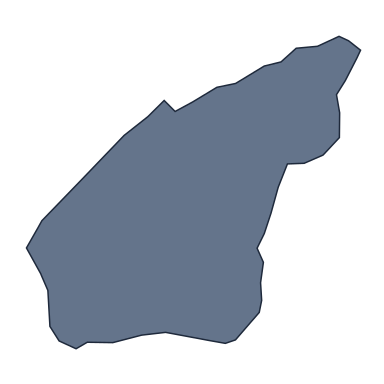 Richmond, New York, United States of America, rotated 182°
{"feature_id": "52423323B38635571773884", "entity_name": "Richmond", "entity_type": "district", "adm_level": 2, "iso_a3": "USA", "parent_name": "United States of America", "parent_adm1": "New York", "projection": "equal_earth", "projection_center": [-74.171, 40.574], "detail": "fine", "context": "isolated", "style": "filled", "palette": "slate", "viewbox_px": 384, "rotation_deg": 182, "n_neighbors": 0, "source": "geoboundaries", "source_scale": "gbopen_adm2", "svg_char_len": 777}
<svg xmlns="http://www.w3.org/2000/svg" viewBox="0 0 384 384"><g transform="rotate(182 192 192)"><path d="M118.3,153.0L112.3,173.6L106.0,199.8L97.6,223.4L80.9,224.6L62.3,233.5L46.6,251.5L47.2,276.3L51.0,294.3L42.7,308.6L31.8,331.8L28.5,339.6L40.8,348.6L50.5,352.7L71.7,342.0L92.9,339.3L107.6,325.1L124.2,320.4L152.2,302.0L170.8,297.5L194.5,282.0L211.2,272.2L211.7,271.9L223.0,282.5L238.7,265.8L261.8,246.2L303.8,199.3L341.0,158.1L345.1,150.1L355.5,130.3L340.3,105.0L339.7,103.6L332.6,88.6L329.3,52.7L319.6,38.5L302.4,31.3L291.4,38.2L265.9,38.7L237.3,47.2L213.5,50.8L184.9,46.5L184.7,46.5L170.4,44.3L153.4,41.9L143.4,45.7L128.6,64.1L123.4,70.5L120.6,74.0L118.6,86.1L120.3,103.7L118.2,124.2L125.0,138.1L118.3,153.0Z" fill="#64748b" stroke="#1e293b" stroke-width="1.5"/></g></svg>